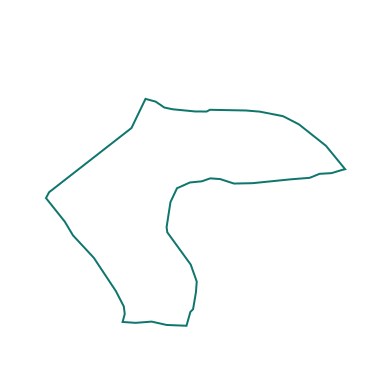 the district of Santa Clara La Laguna, Sololá, Guatemala, rotated 232°
{"feature_id": "79465075B26793890214768", "entity_name": "Santa Clara La Laguna", "entity_type": "district", "adm_level": 2, "iso_a3": "GTM", "parent_name": "Guatemala", "parent_adm1": "Sololá", "projection": "mercator", "projection_center": [-91.309, 14.72], "detail": "fine", "context": "isolated", "style": "outline", "palette": "teal", "viewbox_px": 384, "rotation_deg": 232, "n_neighbors": 0, "source": "geoboundaries", "source_scale": "gbopen_adm2", "svg_char_len": 727}
<svg xmlns="http://www.w3.org/2000/svg" viewBox="0 0 384 384"><g transform="rotate(232 192 192)"><path d="M294.0,212.7L279.7,183.7L279.8,79.2L277.1,73.2L247.0,73.5L231.1,71.5L200.6,74.1L160.8,71.0L143.8,67.8L137.3,63.9L132.3,57.3L123.7,66.9L114.7,80.4L102.8,90.2L90.0,105.3L98.5,116.9L99.0,120.7L110.6,133.4L118.5,140.6L135.6,146.3L175.4,147.7L179.9,150.3L197.3,168.8L204.2,182.5L200.8,196.2L194.4,206.3L191.5,214.8L184.9,222.1L172.8,230.3L161.7,245.1L141.4,277.3L130.7,293.5L127.8,303.7L121.0,313.5L117.1,323.6L115.7,326.7L145.9,326.0L179.5,317.9L195.7,310.4L213.6,294.9L223.1,284.6L245.7,256.8L246.4,253.1L253.4,244.2L269.1,227.7L275.6,222.2L285.6,219.0L294.0,212.7Z" fill="none" stroke="#0f766e" stroke-width="2"/></g></svg>